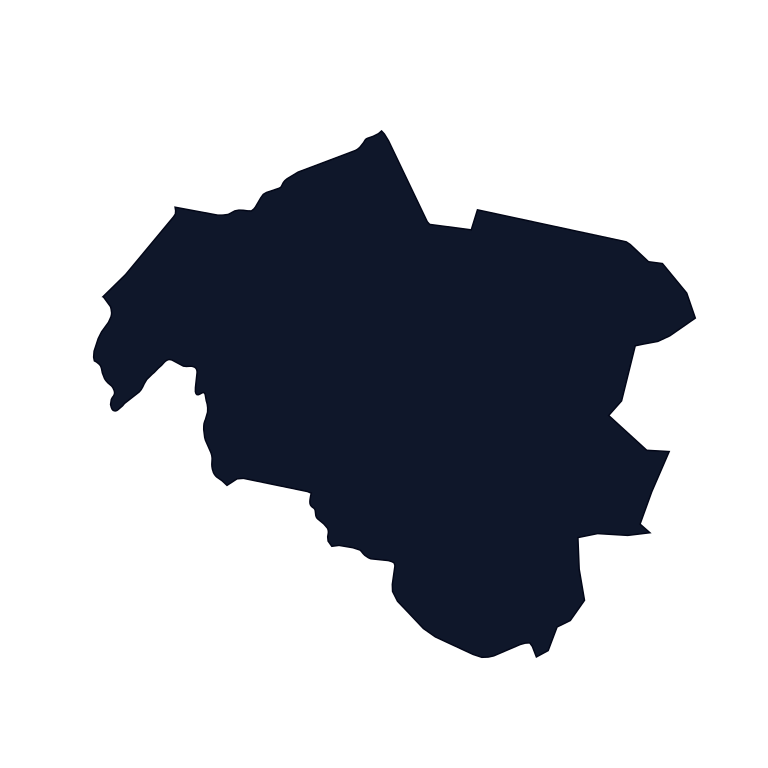 map outline of Louga (Natural Earth projection), rotated 12°
{"feature_id": "SEN-766", "entity_name": "Louga", "entity_type": "Region", "adm_level": 1, "iso_a3": "SEN", "parent_name": "Senegal", "parent_adm1": "", "projection": "natural_earth1", "projection_center": [-15.989, 15.391], "detail": "fine", "context": "isolated", "style": "filled", "palette": "ink", "viewbox_px": 768, "rotation_deg": 12, "n_neighbors": 0, "source": "natural_earth", "source_scale": "10m", "svg_char_len": 2896}
<svg xmlns="http://www.w3.org/2000/svg" viewBox="0 0 768 768"><g transform="rotate(12 384 384)"><path d="M91.0,357.0L108.5,330.6L143.4,264.2L144.6,261.1L144.2,257.9L142.9,254.5L143.2,254.5L186.3,253.4L191.3,252.3L196.4,250.5L202.1,245.7L205.9,244.1L210.4,243.3L214.5,243.0L218.3,242.3L220.3,239.9L221.4,237.7L224.8,227.4L226.5,223.6L229.2,221.1L240.7,214.3L242.1,213.1L242.7,211.5L243.5,208.3L244.1,206.9L244.8,205.6L246.6,203.3L255.9,194.6L257.3,193.7L307.5,161.5L309.2,160.0L311.1,157.6L313.8,152.2L314.9,149.1L315.7,147.9L316.9,147.0L321.9,144.0L326.4,140.4L327.3,139.3L329.0,137.0L332.4,139.4L337.9,145.2L392.6,216.3L395.5,218.4L437.3,215.1L439.2,194.2L591.4,194.6L595.9,196.4L617.3,209.4L631.3,208.3L661.2,232.1L674.8,254.8L653.6,277.4L643.0,285.4L629.5,291.0L621.8,294.4L619.9,351.1L610.3,368.1L654.8,394.2L677.0,390.8L668.3,433.8L663.6,467.8L675.0,474.2L653.9,481.4L624.0,485.9L605.6,493.9L613.4,524.5L625.1,553.9L615.4,576.6L603.8,585.7L600.0,610.6L589.8,619.3L583.7,609.9L580.4,606.9L576.0,608.1L571.4,610.5L547.9,627.1L542.8,629.4L536.5,631.0L527.4,630.0L486.8,620.7L473.4,615.0L452.1,600.3L442.4,593.7L435.5,585.1L433.8,578.3L432.5,559.5L431.7,557.9L430.8,556.7L428.4,556.1L425.0,555.8L407.4,557.7L404.9,557.2L400.9,555.6L398.8,554.2L396.2,552.1L395.0,551.4L387.7,550.6L373.6,551.2L366.7,553.6L362.0,549.3L360.7,545.2L360.5,541.1L360.1,539.4L359.5,538.0L358.7,536.8L354.1,533.3L347.5,529.9L346.3,529.1L345.3,528.0L344.6,526.7L343.0,522.0L342.3,520.9L341.3,520.1L339.4,519.3L338.3,518.6L337.3,517.7L336.5,516.4L336.0,514.7L335.7,512.8L335.5,508.7L335.6,505.9L331.5,505.1L266.2,505.5L260.0,507.3L251.5,515.8L245.7,512.3L239.6,509.7L238.4,508.9L237.0,507.7L235.6,506.1L233.8,502.9L232.9,500.6L232.3,498.4L231.4,492.8L230.9,491.1L230.3,489.5L228.9,487.0L221.1,476.2L219.7,473.5L217.1,465.9L216.5,462.8L216.2,460.2L216.4,457.5L216.7,456.2L217.3,448.2L216.5,444.0L215.4,440.8L214.4,438.7L213.7,437.5L211.3,431.5L210.5,430.4L209.5,429.8L208.0,430.4L205.7,432.4L204.6,433.1L203.3,433.3L202.1,432.5L201.1,430.7L200.3,426.7L198.8,411.8L198.4,410.2L197.8,408.9L196.7,407.7L195.3,406.9L192.7,406.6L191.2,406.8L187.1,407.9L184.0,408.2L171.5,404.6L169.4,404.6L167.8,405.1L166.6,406.0L165.6,407.0L164.7,408.2L162.5,412.0L159.9,415.5L156.8,420.5L155.1,422.7L151.0,428.9L149.4,433.6L148.6,437.0L147.6,440.1L146.2,442.7L134.2,457.0L132.8,459.7L129.3,464.3L128.4,465.3L127.2,466.1L125.9,466.3L124.5,466.1L123.2,465.1L122.1,463.5L120.8,460.9L120.5,455.8L120.9,454.4L121.2,453.4L121.8,452.3L122.2,451.0L122.4,449.6L122.1,447.9L121.3,446.3L119.5,443.9L118.0,442.6L113.7,440.3L111.4,438.6L110.4,437.7L109.4,436.6L106.2,431.7L104.5,427.7L103.7,426.3L102.8,425.0L101.2,423.8L98.1,422.2L95.9,421.6L94.4,418.1L93.6,412.2L95.0,399.0L96.9,391.7L101.7,380.9L103.0,374.9L103.0,372.8L102.8,371.1L101.5,367.4L100.4,365.2L92.3,357.9L91.1,357.0L91.0,357.0Z" fill="#0f172a" stroke="#020617" stroke-width="1.5"/></g></svg>